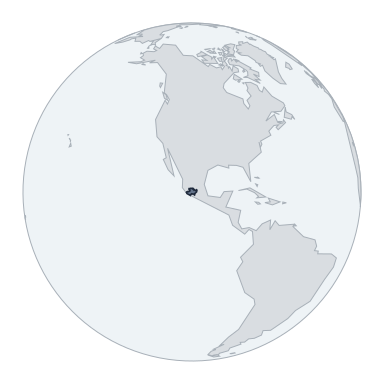 globe centered on Michoacán, rotated 11°
{"feature_id": "MEX-2720", "entity_name": "Michoacán", "entity_type": "State", "adm_level": 1, "iso_a3": "MEX", "parent_name": "Mexico", "parent_adm1": "", "projection": "orthographic", "projection_center": [-101.77, 19.16], "detail": "fine", "context": "on_globe", "style": "filled", "palette": "slate", "viewbox_px": 384, "rotation_deg": 11, "n_neighbors": 0, "source": "natural_earth", "source_scale": "10m", "svg_char_len": 10524}
<svg xmlns="http://www.w3.org/2000/svg" viewBox="0 0 384 384"><g transform="rotate(11 192 192)"><circle cx="192" cy="192" r="169" fill="#eef3f6" stroke="#a8b0b8"/><path d="M33.1,247.0L33.5,248.3L33.4,248.3L33.1,247.0ZM258.9,219.2L255.1,217.9L251.8,223.3L238.2,216.9L232.6,207.6L187.2,194.5L181.7,189.6L180.4,181.2L159.7,153.8L171.3,179.7L164.3,174.7L157.6,165.5L160.2,163.3L154.1,149.8L147.1,144.5L142.4,127.8L148.1,107.1L151.1,110.4L152.1,105.5L148.5,101.3L145.8,99.8L144.3,81.2L133.5,71.5L125.7,73.3L130.9,69.6L113.1,76.7L104.4,76.9L116.9,73.9L120.3,71.6L115.8,70.0L118.3,67.3L117.5,65.2L120.9,62.4L128.0,61.5L130.3,59.8L127.0,58.8L128.2,55.7L132.8,57.3L135.5,52.3L147.9,51.0L157.3,59.5L166.9,58.2L184.0,65.8L185.1,63.4L192.4,65.5L196.4,63.6L198.4,66.1L199.9,62.6L197.3,60.7L197.1,58.7L199.3,57.6L202.2,60.3L201.5,61.3L203.5,61.6L204.1,63.5L205.0,61.9L208.3,65.7L208.3,60.4L213.6,62.2L214.9,65.2L210.5,66.8L202.8,79.3L202.8,83.7L207.1,87.7L224.2,90.9L226.0,95.3L231.4,99.8L232.4,96.3L228.5,91.5L231.7,86.5L226.6,81.9L227.1,79.3L223.5,74.3L228.6,73.2L235.5,75.0L238.8,79.4L241.9,80.5L242.5,75.2L252.2,82.7L264.7,87.1L266.7,89.6L263.9,95.8L254.6,98.3L251.0,108.3L258.0,100.2L262.8,107.2L265.6,107.9L268.0,106.9L268.0,103.7L270.6,106.0L264.7,114.4L262.2,112.4L264.1,109.6L259.7,111.1L255.8,117.6L258.6,121.2L249.6,128.9L251.5,131.7L250.6,135.2L248.2,130.1L252.4,139.7L242.3,153.1L247.8,170.7L237.4,158.0L230.6,157.4L222.8,158.7L223.6,161.5L212.2,160.6L203.5,167.7L202.6,182.2L208.4,192.7L220.8,192.0L223.4,185.5L231.9,183.3L228.1,200.3L243.3,200.7L243.1,213.0L247.9,218.7L254.9,216.0L262.4,217.7L266.9,209.9L274.5,204.5L275.6,214.2L279.1,204.4L283.9,208.2L298.5,204.1L297.6,206.6L310.0,214.6L321.9,215.5L324.7,221.4L323.4,226.2L327.2,225.9L327.2,228.7L340.7,226.2L346.3,229.2L345.2,238.7L338.8,252.5L328.8,276.7L316.2,288.6L310.2,297.9L295.5,312.8L288.2,314.5L287.5,319.2L281.1,323.7L275.6,325.4L272.3,329.3L268.0,330.4L269.1,332.0L259.0,337.9L257.9,340.9L249.7,345.1L249.1,346.6L247.2,346.9L244.4,348.0L243.0,349.0L238.7,348.5L241.2,344.7L245.5,342.1L243.1,342.2L252.6,335.4L248.7,337.2L255.6,327.4L264.0,318.0L275.3,290.4L273.4,285.3L263.0,280.7L250.9,260.7L255.2,250.8L252.1,246.8L262.3,231.6L258.9,219.2ZM62.8,171.2L63.6,167.2L64.7,170.1L62.8,171.2ZM63.0,164.6L63.0,166.0L62.8,164.7L63.0,164.6ZM62.2,163.5L62.8,164.3L62.0,163.8L62.2,163.5ZM61.0,162.6L61.7,162.9L61.6,163.1L61.0,162.6ZM248.1,176.9L265.4,182.8L256.7,185.4L258.1,183.6L253.5,180.7L245.3,178.7L237.3,181.7L248.1,176.9ZM59.5,160.0L59.2,159.3L59.9,159.2L59.5,160.0ZM253.3,165.9L250.4,165.7L253.1,165.2L253.3,165.9ZM144.2,99.7L148.1,101.6L150.5,106.6L147.0,105.2L144.2,99.7ZM140.0,91.0L142.5,90.8L141.1,95.5L140.1,94.2L140.0,91.0ZM119.5,75.4L122.3,76.2L118.7,76.4L119.5,75.4ZM116.8,65.5L115.2,66.2L115.5,64.8L116.8,65.5ZM220.9,75.3L222.2,74.8L222.2,76.0L220.9,75.3ZM218.2,73.7L217.3,75.4L215.9,74.9L216.4,73.8L218.2,73.7ZM120.9,59.4L121.9,57.2L122.2,59.2L120.9,59.4ZM219.6,71.7L213.4,73.9L210.9,73.0L211.0,68.4L219.6,71.7ZM123.2,55.9L125.4,51.2L122.0,52.2L132.6,47.1L127.3,52.5L128.2,54.6L125.7,54.4L123.2,55.9ZM195.6,60.7L198.4,62.6L194.0,62.1L195.6,60.7ZM192.8,60.9L179.6,63.3L176.5,60.4L181.5,60.0L175.8,57.3L180.7,54.6L185.0,55.5L186.1,57.9L187.1,55.1L192.8,60.9ZM138.1,45.3L139.7,44.2L139.4,45.2L138.1,45.3ZM196.7,57.9L194.3,58.5L191.4,55.9L195.6,54.2L195.2,55.6L196.7,57.9ZM171.9,58.1L170.5,56.1L174.1,53.3L174.0,52.2L180.6,54.3L171.9,58.1ZM197.0,55.6L197.8,53.5L201.2,53.8L198.8,57.2L197.0,55.6ZM188.8,56.0L187.7,54.7L189.7,54.8L188.8,56.0ZM213.5,54.3L210.7,54.7L209.0,53.4L213.5,54.3ZM197.9,52.7L196.8,52.7L195.8,52.3L197.0,51.0L197.9,52.7ZM182.7,52.3L184.5,51.7L180.2,51.3L182.7,49.4L186.6,51.3L186.0,49.7L186.8,49.2L189.1,51.4L182.7,52.3ZM195.3,48.7L201.1,50.9L206.7,50.1L208.4,51.3L199.2,52.3L195.3,48.7ZM191.4,50.0L194.2,49.4L195.0,50.9L193.5,52.4L191.4,50.0ZM183.0,47.6L178.1,49.9L177.4,49.5L183.0,47.6ZM196.8,48.1L195.3,47.6L197.1,47.9L196.8,48.1ZM187.1,47.3L185.4,48.1L184.7,47.6L187.1,47.3ZM193.8,46.1L195.7,46.7L194.8,47.6L193.8,46.1ZM190.6,46.4L190.0,45.4L193.3,47.5L190.0,46.8L190.6,46.4ZM186.6,46.7L185.7,46.6L187.4,46.4L186.6,46.7ZM196.2,42.6L200.6,45.0L198.6,46.9L194.5,44.2L196.2,42.6ZM244.8,349.8L238.5,349.0L242.6,349.2L248.1,347.0L250.4,347.9L244.8,349.8ZM259.9,343.5L264.7,341.6L265.0,341.8L261.8,343.2L259.9,343.5ZM306.0,67.3L311.3,72.6L325.6,89.2L327.9,93.3L327.0,94.0L315.4,81.4L311.5,73.9L307.3,70.1L302.7,67.6L301.9,65.7L299.5,64.0L297.5,61.4L289.3,54.9L286.4,52.4L278.0,47.5L275.4,45.8L281.2,49.0L283.6,50.3L278.1,46.6L292.6,56.3L306.0,67.3ZM263.3,38.8L262.8,38.6L261.9,38.2L263.3,38.8ZM258.1,36.5L261.2,38.0L255.7,35.8L248.7,33.1L247.8,33.0L259.3,37.6L262.9,39.1L264.6,39.6L275.5,45.2L279.2,47.5L271.5,43.9L276.0,47.1L268.0,43.6L242.0,32.4L233.8,29.4L231.1,27.7L236.0,28.9L239.4,29.9L240.5,30.2L258.1,36.5ZM229.2,27.2L227.2,26.8L225.2,26.3L225.9,26.5L229.2,27.2ZM203.2,23.4L199.1,23.3L196.9,23.2L198.0,23.2L197.8,23.1L203.2,23.4ZM196.6,23.1L196.8,23.1L195.1,23.2L193.8,23.1L194.1,23.1L192.6,23.1L189.0,23.1L190.1,23.3L176.1,25.5L167.8,26.3L168.2,25.5L156.1,28.6L147.6,30.3L149.4,30.2L144.8,32.3L147.4,31.7L147.9,31.9L137.3,38.3L133.1,40.1L130.6,43.8L131.5,43.9L134.5,42.7L132.6,47.1L122.0,52.2L120.5,51.6L114.9,55.6L112.1,54.0L107.3,55.0L107.5,51.7L103.6,53.1L101.9,54.6L95.3,58.1L87.8,61.0L101.5,52.0L114.3,48.7L109.7,49.2L113.1,47.3L112.8,46.5L109.4,47.4L107.6,48.5L113.9,42.6L111.3,43.6L122.6,37.9L134.4,33.2L146.5,29.3L158.8,26.3L171.3,24.3L183.9,23.2L196.6,23.1ZM105.6,46.8L105.0,47.2L101.3,49.4L105.6,46.8ZM360.1,174.6L359.8,172.9L354.6,156.9L352.1,146.4L348.1,137.2L328.4,94.2L328.2,92.5L323.7,86.1L330.9,95.8L337.5,106.0L343.2,116.7L348.3,127.7L352.5,139.1L355.8,150.7L358.4,162.6L360.1,174.6ZM339.8,112.4L341.4,115.2L341.4,115.3L339.8,112.4ZM298.9,203.9L300.8,205.3L298.5,206.0L298.9,203.9ZM256.0,189.7L259.4,189.4L261.4,190.6L258.9,191.5L256.0,189.7ZM283.1,184.5L286.7,184.6L283.2,186.3L283.1,184.5ZM268.0,183.4L280.3,184.9L273.4,189.3L265.6,188.5L270.7,186.7L268.0,183.4ZM252.9,171.9L255.2,172.3L254.9,174.2L252.9,171.9ZM255.3,165.6L254.5,165.9L253.2,164.6L255.3,165.6ZM263.1,106.7L263.7,106.1L266.5,105.7L265.7,107.3L263.1,106.7ZM275.2,97.0L279.1,101.1L275.8,99.0L275.6,101.6L268.3,101.1L267.3,90.8L269.1,95.4L275.2,97.0ZM258.3,98.1L263.0,99.2L257.9,98.4L258.3,98.1ZM288.3,58.7L289.4,58.6L292.8,61.0L296.4,65.5L291.5,61.9L288.3,58.7ZM290.2,57.9L281.5,53.8L278.9,51.3L281.8,53.3L281.0,52.1L285.5,55.1L291.5,57.2L294.9,59.5L299.7,65.7L296.2,62.2L295.4,62.4L290.2,57.9ZM263.9,52.2L260.1,51.6L259.4,46.7L263.0,48.0L266.9,52.1L264.8,53.2L263.9,52.2ZM221.0,63.6L219.6,64.6L218.7,63.7L219.3,62.2L221.0,63.6ZM212.3,54.6L226.3,59.0L225.4,60.2L234.6,61.9L235.8,65.9L229.8,64.5L237.6,69.1L232.7,69.4L238.3,72.4L224.7,68.9L220.6,69.7L224.7,67.2L223.7,63.5L222.1,62.2L214.2,59.2L204.8,59.7L202.3,56.6L203.1,54.2L204.9,53.6L206.0,55.8L207.7,53.4L210.7,56.1L212.3,54.6ZM213.1,34.8L213.5,36.5L217.6,34.3L220.5,36.1L220.8,35.7L224.6,37.0L229.8,38.0L230.5,38.9L232.2,38.9L234.8,39.9L237.3,40.3L239.5,42.4L242.8,43.2L242.0,43.7L247.1,44.6L244.3,44.9L247.3,46.5L248.5,45.4L253.9,57.6L258.4,63.3L263.7,68.1L258.1,68.7L249.6,64.8L240.5,59.3L237.0,54.1L235.1,55.6L232.9,53.6L235.3,53.3L230.2,52.6L229.0,51.0L220.9,47.6L214.3,48.3L211.2,47.2L213.2,46.2L208.7,46.0L210.3,43.4L208.1,42.7L207.5,39.7L212.6,38.4L209.8,37.8L209.2,35.8L213.1,34.8ZM196.2,41.7L201.6,39.2L205.9,39.2L205.2,44.5L206.9,45.5L206.6,49.4L200.4,49.5L201.1,48.3L200.3,47.2L202.5,47.6L200.1,46.5L201.0,45.0L199.3,43.8L201.5,43.2L196.2,41.7ZM279.7,48.0L278.0,46.9L278.9,47.3L281.1,48.7L279.7,48.0ZM225.8,30.5L225.3,31.0L224.1,30.8L220.1,31.2L217.6,30.2L219.0,29.5L225.8,30.5ZM222.4,29.4L221.0,29.7L220.6,29.0L222.4,29.4ZM215.6,29.5L214.6,28.7L216.8,30.1L215.6,29.5ZM199.0,24.0L207.4,24.2L211.8,24.4L211.7,24.2L215.5,24.9L208.7,24.6L199.0,24.0ZM179.2,25.1L179.4,25.8L176.9,25.8L176.5,25.7L179.2,25.1ZM181.0,25.3L185.6,25.6L184.2,26.2L180.8,25.8L181.0,25.3ZM204.3,26.5L206.9,26.5L207.2,27.0L204.3,26.5ZM32.9,248.4L34.0,251.2L33.5,250.1L32.9,248.4ZM33.4,248.3L32.8,247.3L33.1,247.0L33.4,248.3ZM99.1,50.9L101.7,49.2L103.2,48.3L90.5,56.9L99.1,50.9ZM138.2,44.3L139.6,44.2L137.7,45.0L138.2,44.3ZM149.5,31.5L149.8,31.9L147.6,32.5L149.5,31.5ZM149.7,33.4L151.9,32.4L150.5,33.5L149.7,33.4ZM156.7,30.3L153.3,32.0L155.3,30.3L156.7,30.3Z" fill="#d9dde1" stroke="#a8b0b8" stroke-width="1"/><path d="M190.9,195.7L190.7,195.6L190.2,195.4L189.9,195.4L189.7,195.3L189.4,195.2L188.9,195.0L188.6,194.9L188.2,194.8L187.9,194.7L187.7,194.7L187.4,194.5L187.2,194.4L187.0,193.9L186.9,193.8L186.7,193.7L186.5,193.4L186.6,193.2L186.8,193.1L186.8,192.9L187.0,192.8L187.0,192.7L187.3,192.5L187.6,192.5L187.7,192.4L187.8,192.3L188.0,192.4L188.1,192.5L188.2,192.4L188.4,192.4L188.5,192.3L188.7,192.2L188.8,192.0L188.8,191.9L189.0,191.8L189.2,191.7L189.3,191.7L189.4,191.8L189.5,191.8L189.6,191.7L189.7,191.4L189.8,191.3L189.8,191.2L189.7,191.2L189.4,191.1L189.3,190.9L189.3,190.7L189.2,190.5L189.2,190.4L189.1,190.2L189.3,190.0L189.4,189.9L189.3,189.7L189.2,189.7L188.9,189.6L188.7,189.5L188.4,189.6L188.4,189.4L188.4,189.2L188.5,189.2L189.2,189.0L189.3,188.9L189.5,188.9L189.7,188.7L189.9,188.7L190.0,188.6L190.3,188.5L190.5,188.5L190.8,188.5L191.0,188.4L191.4,188.3L191.3,188.5L191.4,188.4L191.5,188.4L191.5,188.5L191.6,188.8L191.8,188.9L192.0,188.9L192.3,189.0L192.3,188.9L192.4,188.7L192.5,188.6L192.8,188.5L193.0,188.6L193.1,188.8L192.9,188.9L193.0,188.9L193.0,189.0L193.0,189.3L193.3,189.4L193.5,189.4L193.7,189.2L193.8,189.2L193.8,189.3L193.9,189.2L194.0,189.2L194.1,189.3L194.1,189.5L194.3,189.7L194.5,189.7L194.7,189.8L194.8,189.8L194.9,189.7L195.2,189.7L195.3,189.7L195.4,189.8L195.5,189.8L195.5,189.7L195.8,189.6L195.8,189.4L195.8,189.2L196.0,189.1L196.1,188.9L196.4,189.1L196.4,189.6L196.5,189.7L196.5,189.8L196.4,190.2L196.4,190.3L196.5,190.3L196.4,190.6L196.3,190.8L196.4,191.0L196.5,191.1L196.4,191.3L196.0,191.5L195.9,191.9L195.7,192.2L195.6,192.4L195.5,192.5L195.4,192.7L195.3,192.8L195.2,192.8L195.1,193.0L195.0,192.9L194.9,192.9L194.7,193.0L194.8,193.2L194.8,193.3L194.8,193.5L194.9,193.8L195.0,194.0L195.3,194.2L195.3,194.3L195.2,194.4L194.9,194.3L195.0,194.3L195.0,194.2L194.9,194.1L194.7,194.0L194.7,193.9L194.4,193.9L194.4,194.0L194.3,193.9L194.2,193.9L193.9,193.9L193.4,193.8L193.2,193.9L192.9,194.0L192.7,194.0L192.5,193.9L192.4,193.8L192.4,193.7L192.0,193.7L191.9,193.7L191.7,193.9L191.7,194.1L191.7,194.3L191.7,194.5L191.6,194.8L191.4,194.8L191.2,194.8L190.9,194.9L190.9,195.0L190.9,195.4L190.9,195.5L190.9,195.7Z" fill="#64748b" stroke="#1e293b" stroke-width="1.5"/></g></svg>